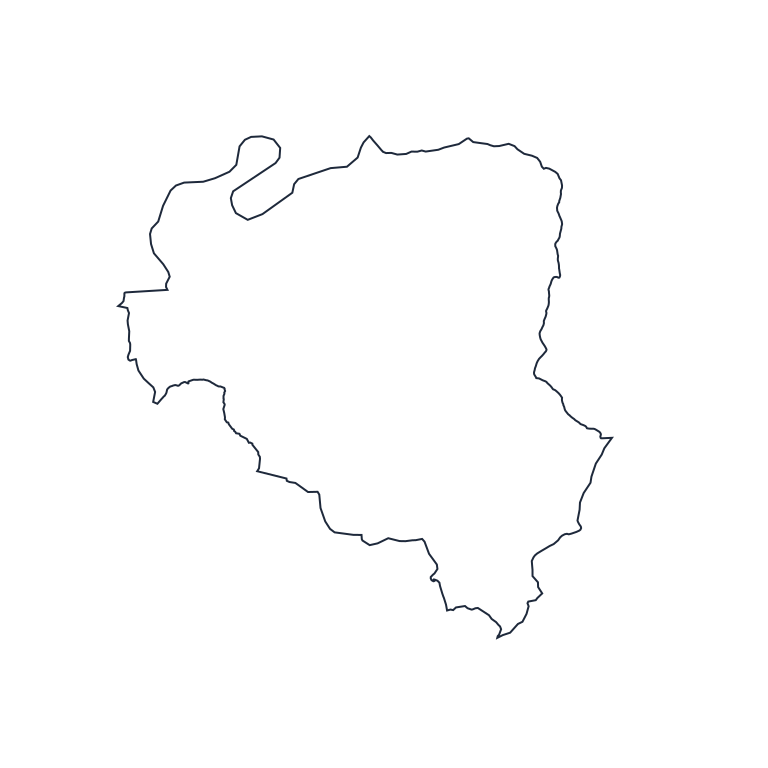 Blandiana, Alba, Romania (Natural Earth projection), rotated 161°
{"feature_id": "2599482B84573671130464", "entity_name": "Blandiana", "entity_type": "district", "adm_level": 2, "iso_a3": "ROU", "parent_name": "Romania", "parent_adm1": "Alba", "projection": "natural_earth1", "projection_center": [23.346, 46.001], "detail": "fine", "context": "isolated", "style": "outline", "palette": "slate", "viewbox_px": 768, "rotation_deg": 161, "n_neighbors": 0, "source": "geoboundaries", "source_scale": "gbopen_adm2", "svg_char_len": 6166}
<svg xmlns="http://www.w3.org/2000/svg" viewBox="0 0 768 768"><g transform="rotate(161 384 384)"><path d="M609.9,544.2L601.9,539.4L602.2,537.2L602.0,534.1L605.8,527.5L606.7,523.9L607.7,516.8L610.4,510.0L611.2,507.8L610.8,505.4L611.1,503.9L613.3,498.0L616.0,495.0L617.5,492.9L617.7,490.3L617.2,489.6L616.8,489.0L616.1,488.6L614.5,488.7L610.6,488.3L610.6,487.5L611.4,483.3L611.8,476.7L609.4,467.3L606.3,461.5L603.2,455.9L603.0,451.0L608.1,442.2L604.7,439.1L599.0,442.4L598.2,442.8L596.3,443.9L595.1,444.3L593.1,446.0L592.5,446.7L590.9,449.3L590.0,450.0L588.2,450.8L586.9,451.2L585.1,451.1L584.1,451.2L581.8,451.0L580.6,450.3L579.4,449.4L578.7,449.3L577.9,449.5L575.6,450.6L572.3,450.9L571.4,450.6L569.1,448.3L568.8,448.3L568.5,448.6L568.4,449.6L567.9,450.1L563.2,450.1L562.5,450.0L559.4,448.8L556.4,448.0L554.4,447.2L553.2,447.0L550.8,445.4L549.6,444.8L547.5,442.8L546.5,441.4L545.0,439.8L543.2,437.5L542.1,436.5L541.4,435.7L540.8,435.4L539.4,434.9L537.2,433.0L536.4,432.4L536.2,431.5L536.5,430.9L536.5,429.1L537.8,427.9L538.1,426.7L539.6,425.0L540.5,422.4L540.4,421.9L541.8,419.0L541.3,417.2L541.4,416.2L544.1,412.6L544.5,408.6L545.2,404.3L546.0,402.4L545.1,399.0L543.8,398.2L543.8,396.4L542.1,391.1L540.8,389.8L541.0,388.3L540.2,387.3L539.9,385.6L536.9,384.0L536.7,381.9L531.6,376.8L530.9,372.4L529.6,372.2L527.9,370.5L528.2,369.3L525.1,360.6L525.8,358.2L525.1,355.6L525.6,353.6L529.6,345.0L532.3,342.8L507.0,326.4L507.4,324.1L505.3,322.1L500.0,319.3L491.0,306.6L481.9,303.7L481.2,300.5L484.4,287.4L484.3,273.2L482.2,264.6L479.0,259.8L462.2,251.4L454.4,248.6L455.5,244.5L455.3,243.0L450.0,236.3L441.9,235.4L430.2,236.8L420.4,230.4L414.9,228.4L408.1,227.0L404.8,226.0L398.4,225.1L397.0,221.7L396.7,208.8L392.8,196.1L393.7,191.7L398.0,188.4L399.7,187.8L402.6,186.3L403.1,185.0L402.9,183.0L401.6,181.5L401.2,181.3L400.6,181.4L400.7,181.8L401.2,182.6L400.5,183.0L399.7,182.5L397.5,180.6L396.3,178.1L396.8,174.7L397.1,166.9L397.1,163.7L397.0,162.3L397.2,155.2L398.1,149.3L394.6,149.1L392.2,147.7L388.7,149.3L379.7,147.7L378.0,144.8L374.7,142.2L373.6,142.0L370.6,142.2L368.2,141.7L360.0,131.2L358.7,126.8L355.5,122.3L354.3,119.1L353.2,117.0L353.1,114.0L356.8,109.5L358.5,108.6L359.5,107.1L353.4,107.9L345.7,107.8L335.5,113.5L330.5,114.1L324.1,120.2L319.6,126.8L319.7,130.0L318.4,131.3L310.9,130.2L308.7,131.7L302.6,134.5L304.4,141.8L303.0,146.4L306.1,154.0L304.1,159.9L303.0,164.3L301.9,168.5L299.1,171.4L297.1,172.8L294.3,173.9L289.3,175.0L284.3,176.0L280.1,176.9L275.7,177.4L270.3,179.5L267.4,181.6L265.1,182.6L262.0,183.1L259.8,182.8L258.2,181.7L255.4,181.5L250.2,181.5L247.1,181.8L245.7,182.3L244.5,183.6L244.3,185.2L245.1,187.9L245.5,190.6L245.5,191.9L240.0,201.4L237.3,208.1L230.7,215.9L220.9,223.4L218.0,228.9L209.6,239.8L201.1,246.4L196.6,251.5L186.0,258.9L195.6,261.7L196.5,262.1L196.7,262.6L196.6,263.8L195.6,265.3L195.3,265.9L195.3,266.8L195.6,268.0L196.1,268.9L198.4,271.7L199.5,272.9L200.5,273.5L202.0,274.0L204.3,274.9L205.9,275.7L206.5,276.1L206.8,277.8L207.3,278.7L208.7,280.1L211.2,282.1L212.3,284.3L214.6,287.1L215.1,287.8L215.5,288.8L217.1,291.0L218.3,293.0L218.6,293.8L219.7,295.4L221.0,299.1L221.3,300.2L221.3,301.9L221.1,303.6L221.3,305.7L221.1,306.4L221.1,307.0L221.3,308.1L221.1,310.4L220.7,311.8L220.1,313.1L221.0,316.3L221.9,318.5L223.1,320.7L224.0,322.2L224.6,322.9L225.8,323.9L226.1,324.6L226.6,326.4L227.4,328.4L229.2,331.6L229.7,333.0L230.4,333.9L232.8,335.9L235.1,338.3L235.6,338.8L238.1,340.0L238.1,340.7L238.2,341.3L238.6,343.0L238.8,344.0L238.8,344.7L238.5,345.8L238.1,346.6L236.9,348.3L236.2,349.6L234.7,351.4L232.9,353.9L231.4,355.5L229.2,357.3L227.3,358.3L225.4,359.2L223.3,360.4L221.6,361.5L220.4,362.1L219.5,363.0L219.1,363.8L219.2,364.9L219.6,367.3L220.2,369.6L220.7,371.4L221.3,375.3L221.2,377.2L220.9,379.3L220.5,381.0L219.9,382.0L218.9,383.2L217.3,384.5L215.6,386.3L214.2,387.6L213.0,389.4L212.4,391.5L210.9,393.3L209.3,395.0L207.7,397.4L207.4,398.0L207.2,398.6L207.2,399.3L207.0,400.2L206.7,400.7L205.2,402.1L203.0,404.6L202.2,406.0L201.4,407.8L200.8,410.0L200.2,411.7L199.7,412.3L199.0,413.7L198.6,415.3L198.4,416.2L197.9,418.0L197.8,419.5L197.5,420.2L196.5,421.3L195.8,422.3L194.6,423.5L193.7,424.5L192.5,426.3L191.6,427.4L190.5,428.4L189.4,429.2L189.0,429.5L188.2,429.6L187.1,429.4L186.3,429.2L185.4,428.7L184.7,427.9L184.2,427.6L183.9,427.5L183.4,427.6L183.0,428.1L182.5,428.6L182.1,429.3L181.9,429.9L181.7,431.7L181.0,435.4L180.9,436.2L180.8,436.7L180.5,437.4L179.9,439.5L179.5,441.7L179.4,444.0L179.2,444.9L178.9,445.8L178.0,447.7L177.6,448.7L177.6,450.0L176.8,454.2L176.8,455.6L176.9,456.4L177.0,457.4L177.2,458.4L176.7,460.1L176.5,460.6L176.3,460.9L175.9,461.3L174.4,462.4L173.1,462.9L172.1,463.9L170.4,465.4L170.0,466.0L169.6,466.7L168.7,468.8L165.8,473.1L165.0,475.0L163.8,476.7L163.5,477.3L163.0,479.9L163.0,480.9L163.3,485.0L163.4,485.6L163.4,486.7L163.4,488.4L163.6,489.7L163.8,491.5L163.7,491.8L163.4,492.9L163.1,494.2L162.7,494.9L162.1,495.9L160.6,497.7L159.9,498.3L159.3,498.6L158.7,500.0L156.7,502.6L154.8,506.0L154.4,507.7L153.7,509.4L151.9,511.5L151.0,513.8L150.3,519.0L151.1,521.4L151.4,526.1L153.0,528.8L157.6,533.8L160.5,535.6L162.8,535.5L164.0,538.1L164.0,543.3L165.6,547.9L169.8,551.7L176.5,556.0L181.4,562.5L183.1,566.4L187.9,570.5L197.6,571.5L202.7,573.0L205.8,575.2L208.0,577.2L213.4,579.9L220.9,583.7L223.9,588.7L225.7,589.0L235.2,586.5L250.2,588.0L256.4,587.8L268.9,590.2L272.3,592.5L276.8,592.8L282.4,594.8L288.1,594.3L296.7,596.6L301.8,600.1L306.9,601.7L309.5,604.0L309.7,604.9L310.0,605.2L312.5,611.7L315.0,617.8L316.2,621.4L317.2,623.2L324.6,619.1L328.9,615.0L335.2,606.7L348.3,601.5L364.2,605.5L398.2,605.7L403.9,602.2L408.4,594.7L443.6,584.2L459.4,583.6L468.4,593.8L469.4,602.5L468.3,609.6L463.9,615.3L414.6,628.2L409.1,632.0L405.3,641.0L408.8,651.1L418.8,657.9L429.2,660.9L436.0,660.2L443.2,655.7L452.3,639.3L461.0,635.0L476.8,633.6L489.1,634.1L507.4,639.5L516.1,639.4L522.8,636.4L534.9,624.4L544.6,611.1L553.0,606.7L556.4,602.0L558.7,592.2L559.0,582.5L553.7,569.1L551.5,560.1L551.7,555.2L557.3,549.8L558.5,546.7L558.1,543.5L598.1,554.6L599.1,554.7L599.6,554.6L600.0,554.1L600.9,551.5L601.8,550.1L603.3,547.2L605.4,545.9L609.9,544.2Z" fill="none" stroke="#1e293b" stroke-width="2"/></g></svg>